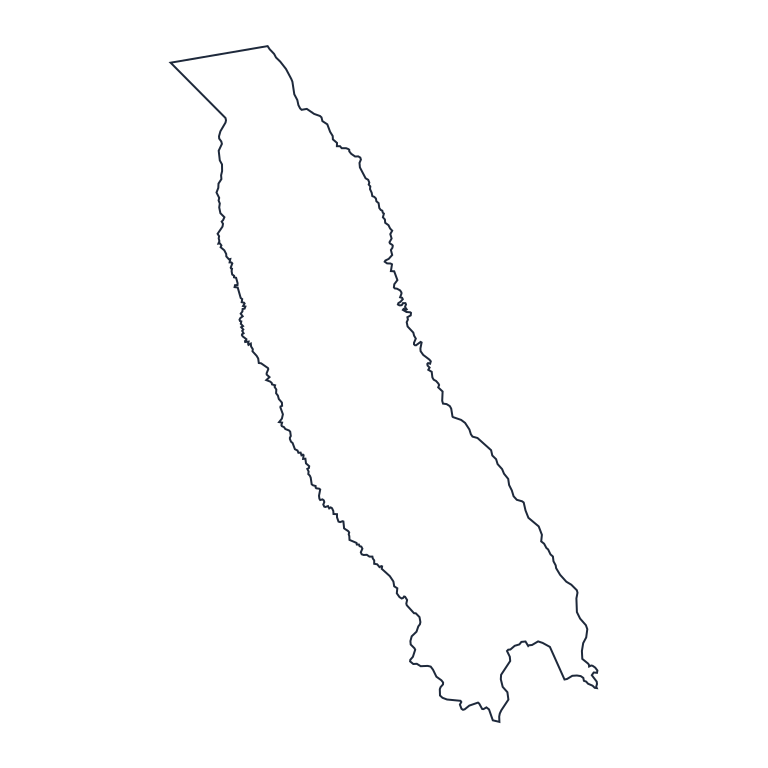 Dolega, Chiriquí, Panama
{"feature_id": "35544464B94814953668785", "entity_name": "Dolega", "entity_type": "district", "adm_level": 2, "iso_a3": "PAN", "parent_name": "Panama", "parent_adm1": "Chiriquí", "projection": "mercator", "projection_center": [-82.464, 8.626], "detail": "fine", "context": "isolated", "style": "outline", "palette": "slate", "viewbox_px": 768, "rotation_deg": 0, "n_neighbors": 0, "source": "geoboundaries", "source_scale": "gbopen_adm2", "svg_char_len": 6116}
<svg xmlns="http://www.w3.org/2000/svg" viewBox="0 0 768 768"><path d="M170.6,62.7L225.5,118.0L226.0,120.3L225.5,122.6L220.4,131.3L219.0,136.3L219.2,138.6L221.3,141.5L221.9,143.9L218.7,150.7L219.8,160.4L222.0,164.4L222.1,171.1L221.1,175.3L221.4,179.1L218.5,183.6L218.3,187.9L216.5,192.5L219.2,197.9L218.6,200.5L219.8,203.5L219.2,207.4L220.4,213.2L224.4,217.2L223.1,220.1L221.7,221.6L223.0,223.8L222.5,226.6L217.6,233.8L219.1,236.2L218.7,238.4L219.4,241.1L218.4,243.6L219.9,243.4L221.4,245.4L220.6,247.2L224.3,250.3L226.2,254.0L226.3,256.4L228.9,259.3L230.3,259.0L229.6,262.4L231.5,262.5L232.3,263.4L230.7,267.7L231.0,268.4L232.0,268.7L231.6,271.1L232.2,274.5L234.1,275.8L234.0,277.3L236.1,277.8L237.6,283.2L237.5,285.0L235.0,285.2L234.6,287.1L237.7,287.5L240.7,298.0L242.2,299.1L241.7,302.2L244.0,302.7L244.6,303.5L243.1,306.0L245.4,306.5L244.6,308.6L242.6,309.0L242.4,311.5L240.7,313.7L242.7,316.3L240.3,318.1L239.5,319.7L240.0,321.0L241.3,321.4L240.8,323.8L243.0,326.1L241.2,327.2L243.3,329.5L242.2,330.9L243.6,333.3L242.0,334.3L241.9,335.1L242.7,336.4L246.4,339.2L246.2,340.2L245.0,341.1L245.2,342.0L248.6,341.6L248.1,343.9L248.5,344.9L250.8,343.6L251.1,346.5L252.8,349.2L252.5,351.3L256.6,355.8L258.2,358.5L258.8,363.0L261.1,363.3L268.0,368.1L268.3,369.1L266.6,373.3L266.7,374.6L269.5,377.1L266.3,380.1L270.2,381.6L271.7,382.9L272.0,384.4L275.1,385.3L274.6,386.9L276.3,389.5L276.1,393.3L277.9,395.6L278.8,399.0L281.9,402.6L282.1,405.8L280.5,406.5L280.4,407.4L282.9,414.3L281.9,418.6L279.1,422.1L282.1,422.6L281.4,425.1L281.8,426.1L284.1,427.2L285.3,429.0L289.1,430.5L290.2,431.7L290.8,436.0L289.9,437.7L289.9,439.0L291.0,441.7L292.6,443.0L294.9,449.2L297.5,450.5L298.4,452.8L300.6,452.6L301.5,455.3L302.9,454.6L303.6,455.2L303.1,458.9L305.4,458.7L306.0,463.4L309.2,466.2L308.9,468.0L307.3,468.9L308.6,471.5L308.3,474.1L309.8,475.6L310.7,477.6L311.7,484.3L313.0,485.3L315.6,486.0L315.7,487.7L316.3,488.3L319.2,488.7L320.2,489.5L319.0,495.8L319.4,498.7L320.2,500.0L322.5,499.4L323.8,500.4L324.3,502.1L323.3,504.5L324.2,506.6L325.3,507.0L328.0,506.1L329.2,508.4L330.7,507.4L332.0,508.2L333.3,511.0L333.5,514.0L337.0,514.2L337.0,517.3L338.5,521.6L340.1,522.1L342.6,521.2L343.4,521.5L344.1,528.4L348.3,531.2L349.2,532.5L348.7,534.3L349.3,536.0L349.5,539.9L356.5,542.9L356.8,544.5L358.9,544.5L359.6,546.2L361.3,546.6L362.4,548.7L360.8,552.3L361.7,554.3L363.7,555.0L366.8,554.8L369.4,556.6L372.4,556.6L372.8,558.5L374.2,560.4L374.2,563.8L377.2,564.3L379.5,567.1L381.3,566.1L382.1,566.4L381.7,568.8L389.8,576.1L393.4,581.5L394.2,586.3L397.3,588.3L396.8,593.3L399.5,597.1L401.7,598.5L403.0,598.0L404.1,596.5L405.1,596.8L407.1,600.0L406.3,603.6L406.8,605.3L414.0,613.2L415.8,613.3L419.5,617.1L420.4,622.1L419.9,624.3L418.3,626.4L416.5,631.7L411.7,636.3L410.4,641.1L410.7,644.5L414.4,648.2L415.2,649.7L412.9,656.8L410.3,659.8L410.1,661.4L413.3,664.0L416.8,663.8L420.7,666.2L427.7,665.9L430.7,666.6L433.0,669.7L436.4,676.7L441.4,680.3L443.1,682.5L443.0,684.4L440.6,687.1L439.8,689.2L440.0,695.5L442.5,697.8L447.0,699.5L460.5,700.8L461.3,702.0L459.9,704.6L461.5,708.8L463.0,709.8L464.7,709.3L469.3,705.6L478.0,702.6L479.2,703.6L482.2,709.0L483.5,709.1L486.4,707.4L489.0,709.4L492.8,720.3L499.4,721.9L499.2,716.6L499.8,713.5L501.3,710.3L508.4,699.6L507.4,692.2L502.7,686.9L500.8,679.2L501.1,674.8L510.2,661.0L509.8,656.7L507.0,651.0L508.2,649.7L510.4,649.5L514.7,645.8L519.4,644.4L521.4,641.9L525.5,641.5L528.2,646.0L528.9,645.3L532.0,645.0L538.1,641.4L542.6,642.9L549.9,646.9L564.5,679.5L567.0,679.0L572.3,675.8L576.9,675.5L580.7,676.1L583.3,677.9L583.9,680.8L586.2,681.6L588.0,683.7L592.6,685.7L594.7,687.8L596.8,688.1L596.2,686.7L597.0,684.0L596.7,681.6L591.8,675.2L593.7,672.5L597.0,672.8L597.4,670.5L595.2,667.6L592.6,665.8L591.2,665.5L589.1,666.5L588.9,664.7L588.1,663.6L582.3,658.9L581.9,651.0L583.2,643.1L586.2,637.4L587.3,629.2L585.9,625.2L580.1,618.6L576.9,612.1L576.4,598.4L577.5,592.7L576.8,590.2L571.3,584.7L566.3,581.7L560.1,574.8L556.1,568.1L555.7,565.4L553.5,561.3L552.9,556.5L550.5,554.4L548.1,549.4L546.4,548.0L544.1,543.7L541.2,541.4L541.9,534.8L538.7,526.4L528.4,517.8L525.5,510.4L523.7,502.5L522.1,501.3L516.8,499.8L513.6,496.3L511.8,490.4L509.1,485.0L508.2,478.9L504.0,473.7L502.1,469.1L497.6,464.1L496.1,459.2L492.3,455.5L491.1,450.2L477.5,438.0L472.5,436.6L470.9,434.3L469.4,429.5L465.1,422.9L461.1,419.9L453.0,417.1L452.5,416.6L451.2,408.6L449.8,406.1L446.6,404.1L443.0,403.6L442.2,400.8L442.6,391.5L438.2,387.4L439.1,385.0L438.4,383.6L436.1,381.0L433.7,379.7L432.4,377.5L431.7,371.8L428.3,369.8L429.6,367.6L427.6,365.6L427.3,364.0L428.1,363.1L430.1,363.7L430.8,361.3L429.4,359.6L423.2,354.9L420.6,351.2L420.4,348.5L421.6,342.5L420.6,341.9L416.0,345.3L414.9,345.2L414.0,344.3L414.0,342.8L415.8,338.6L414.1,335.7L413.3,332.6L407.6,326.5L406.7,322.2L407.9,319.6L407.4,317.2L410.7,315.4L411.0,312.9L410.3,312.3L406.5,312.0L402.9,309.9L403.6,308.9L406.1,309.7L406.7,309.4L405.0,307.0L406.0,304.4L405.4,303.1L403.0,303.1L402.1,304.8L401.1,305.3L399.3,305.3L397.9,304.5L398.4,303.1L400.5,301.8L402.8,299.2L402.1,297.8L400.1,297.3L401.5,293.6L401.4,292.4L400.1,290.4L397.0,288.7L394.8,288.4L393.9,287.4L394.3,284.2L397.4,280.1L394.2,271.3L390.9,271.1L392.0,264.3L390.5,263.5L387.1,263.4L384.7,261.7L385.4,260.5L388.7,258.9L392.2,255.0L390.9,250.0L392.4,247.8L392.8,245.8L392.3,244.9L389.9,243.4L389.5,242.2L391.6,238.5L390.3,234.1L392.2,230.7L390.1,228.5L388.5,225.2L385.2,222.8L384.9,219.5L382.9,217.3L383.9,213.6L382.8,212.7L382.3,210.7L380.7,209.9L379.3,208.0L378.6,203.1L376.4,201.3L375.9,198.5L374.3,196.9L372.3,196.1L371.7,192.8L370.0,189.1L370.3,186.4L368.7,184.6L369.3,182.6L368.2,179.8L365.6,178.3L359.9,167.4L359.5,162.9L360.9,159.6L360.3,157.6L358.3,156.4L355.1,156.5L351.2,153.8L349.3,151.4L349.2,149.7L348.2,149.0L346.1,148.2L341.7,148.2L340.0,146.2L336.9,146.2L337.0,142.9L332.9,139.4L332.7,136.0L330.1,131.8L327.3,124.3L322.4,121.1L321.5,117.4L320.0,116.0L314.1,113.9L306.8,108.9L301.6,109.8L300.1,108.4L298.4,105.1L297.3,100.0L294.3,94.3L292.4,81.7L291.3,79.0L286.0,69.0L280.3,61.7L276.0,57.5L274.1,53.9L269.7,49.3L267.6,46.1L170.6,62.7Z" fill="none" stroke="#1e293b" stroke-width="2"/></svg>